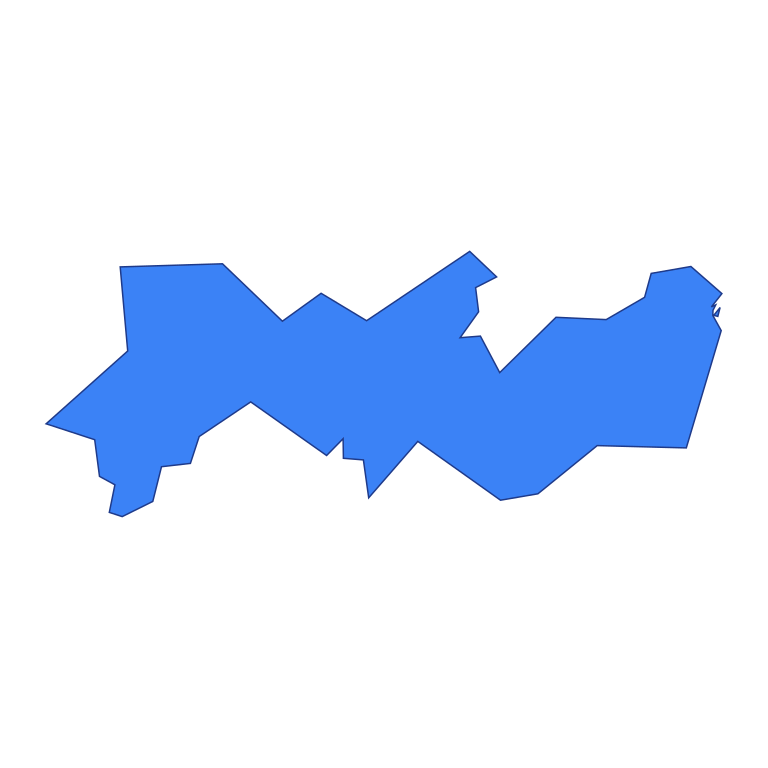 the State of Pernambuco
{"feature_id": "BRA-1313", "entity_name": "Pernambuco", "entity_type": "State", "adm_level": 1, "iso_a3": "BRA", "parent_name": "Brazil", "parent_adm1": "", "projection": "natural_earth1", "projection_center": [-37.928, -8.379], "detail": "coarse", "context": "isolated", "style": "filled", "palette": "blue", "viewbox_px": 768, "rotation_deg": 0, "n_neighbors": 0, "source": "natural_earth", "source_scale": "10m", "svg_char_len": 730}
<svg xmlns="http://www.w3.org/2000/svg" viewBox="0 0 768 768"><path d="M690.9,266.5L721.9,293.6L711.4,306.9L715.7,304.9L713.0,310.3L712.8,315.4L721.2,330.6L686.3,447.9L597.2,445.6L537.9,493.8L500.5,500.2L417.8,441.4L368.7,497.8L363.4,459.9L343.4,458.3L343.1,438.7L326.6,455.5L250.7,401.9L199.2,436.5L190.4,463.4L161.5,466.7L152.8,501.4L122.2,516.6L109.3,512.4L114.9,484.8L99.5,476.4L94.7,439.7L46.1,423.8L127.7,351.0L120.2,266.9L222.5,263.8L282.4,321.2L321.1,293.3L366.6,320.7L469.7,251.4L496.6,276.9L475.6,287.6L478.6,311.8L460.1,337.7L480.4,336.1L499.7,372.6L556.0,317.3L606.2,319.6L644.6,297.3L651.2,273.4L690.9,266.5ZM713.8,315.3L720.1,307.5L717.8,316.4L713.8,315.3Z" fill="#3b82f6" stroke="#1e3a8a" stroke-width="1.5"/></svg>